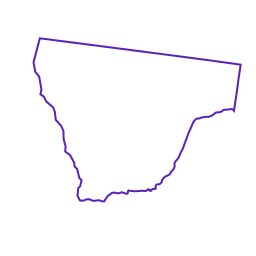 Grant, Wisconsin, United States of America, rotated 278°
{"feature_id": "52423323B92892642794044", "entity_name": "Grant", "entity_type": "district", "adm_level": 2, "iso_a3": "USA", "parent_name": "United States of America", "parent_adm1": "Wisconsin", "projection": "orthographic", "projection_center": [-90.9, 42.859], "detail": "fine", "context": "isolated", "style": "outline", "palette": "violet", "viewbox_px": 256, "rotation_deg": 278, "n_neighbors": 0, "source": "geoboundaries", "source_scale": "gbopen_adm2", "svg_char_len": 2061}
<svg xmlns="http://www.w3.org/2000/svg" viewBox="0 0 256 256"><g transform="rotate(278 128 128)"><path d="M154.1,36.9L149.2,36.6L147.4,40.2L142.9,43.3L138.0,51.0L133.6,53.4L126.1,55.3L120.9,61.4L116.0,64.5L108.1,65.8L101.0,68.8L95.9,69.1L93.1,74.4L86.2,79.5L82.2,80.6L80.5,83.3L71.8,86.7L69.8,89.3L63.7,88.7L61.5,87.1L54.0,87.4L49.6,90.5L49.7,93.4L49.9,94.1L50.9,95.7L51.5,96.9L51.8,97.8L52.0,99.3L52.0,99.8L51.2,102.7L51.1,104.0L51.1,104.5L52.0,107.4L52.2,108.5L52.4,109.6L52.3,110.2L51.9,111.9L51.8,112.7L51.8,113.4L52.0,113.9L52.1,114.5L52.4,114.9L53.6,115.2L58.0,117.5L58.4,117.8L59.1,118.9L60.8,120.4L61.6,121.2L62.1,123.3L61.9,126.7L62.2,128.0L62.7,129.3L63.4,130.5L63.5,130.9L62.7,135.3L62.9,136.5L63.8,136.9L65.3,136.7L66.2,137.4L66.1,139.5L66.3,143.6L66.9,146.8L67.5,149.1L67.8,150.4L67.9,152.6L68.1,154.3L69.5,156.0L70.1,156.6L70.1,157.2L69.9,157.7L69.5,158.0L69.0,158.0L68.9,159.1L69.2,159.8L70.1,159.9L70.6,160.3L71.0,160.9L71.3,161.6L71.3,162.8L71.5,163.5L72.0,163.9L72.3,163.9L73.0,163.8L73.6,163.4L74.6,163.4L75.4,163.8L76.2,164.6L76.4,165.2L76.4,166.0L76.7,166.9L77.3,167.6L79.3,169.0L79.7,169.1L81.0,168.8L83.0,170.0L84.0,170.7L85.4,172.1L87.2,175.0L87.8,175.6L88.5,176.1L90.5,176.7L93.2,178.6L93.9,178.9L95.5,179.4L96.5,179.5L98.1,179.3L99.4,178.9L99.9,179.0L101.6,179.7L104.4,181.6L105.1,181.9L107.2,182.7L111.5,183.8L114.7,185.0L116.5,185.5L118.9,185.9L126.6,187.6L128.5,188.1L130.5,188.4L132.5,188.9L134.4,189.5L138.0,190.6L140.7,191.2L143.1,192.0L145.4,193.3L146.1,193.9L146.8,194.9L147.2,196.1L147.4,197.3L148.7,199.6L149.1,200.8L150.0,204.1L150.1,205.4L150.2,206.2L150.6,206.9L151.9,209.2L152.4,209.9L153.3,210.7L155.7,213.2L156.2,216.1L157.3,218.4L159.2,220.1L159.5,221.2L160.3,224.9L161.1,227.5L161.1,229.1L159.8,230.5L165.2,230.6L165.9,230.6L176.4,230.7L178.5,230.7L179.5,230.7L180.9,230.7L181.0,230.7L183.6,230.7L192.3,230.6L194.9,230.7L195.9,230.7L204.1,230.7L206.4,230.7L206.3,192.4L205.8,141.5L204.6,33.5L204.6,32.4L204.5,28.2L179.9,25.3L170.7,28.4L166.5,32.9L154.1,36.9Z" fill="none" stroke="#5b21b6" stroke-width="2"/></g></svg>